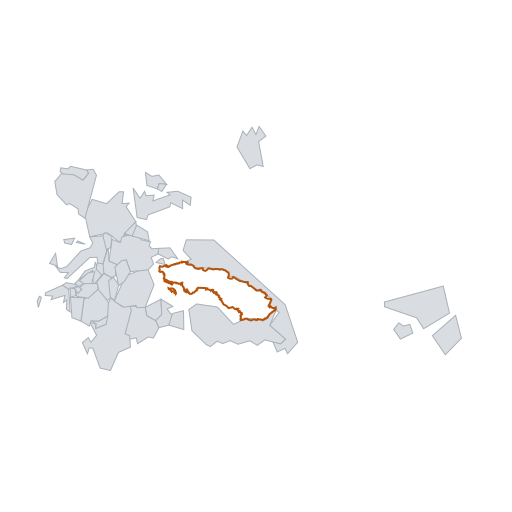 where Sweden sits in Europe, rotated 96°
{"feature_id": "SWE", "entity_name": "Sweden", "entity_type": "country or territory", "adm_level": 0, "iso_a3": "SWE", "parent_name": "Europe", "parent_adm1": "", "projection": "mercator", "projection_center": [17.555, 62.192], "detail": "fine", "context": "in_parent", "style": "outline", "palette": "amber", "viewbox_px": 512, "rotation_deg": 96, "n_neighbors": 37, "source": "natural_earth", "source_scale": "50m", "svg_char_len": 13249}
<svg xmlns="http://www.w3.org/2000/svg" viewBox="0 0 512 512"><g transform="rotate(96 256 256)"><path d="M266.3,66.6L292.6,57.6L310.8,81.7L300.7,89.8L293.1,122.8L288.3,123.5L266.3,66.6ZM349.2,224.9L339.1,230.5L340.8,222.5L335.7,217.9L323.6,235.1L309.6,227.1L304.2,237.8L296.6,236.0L278.8,274.4L278.9,281.3L274.9,281.1L272.3,289.6L273.8,315.0L268.7,325.0L266.0,320.2L258.0,329.1L247.2,327.0L244.5,299.6L301.4,221.9L337.4,205.5L349.9,214.4L344.8,217.6L349.2,224.9ZM334.4,57.4L316.8,72.2L294.1,51.3L316.4,43.1L334.4,57.4ZM323.6,103.7L314.6,111.4L307.6,107.0L310.3,102.1L307.9,95.9L316.2,92.0L323.6,103.7Z" fill="#d9dde1" stroke="#a8b0b8" stroke-width="1"/><path d="M234.5,379.1L256.9,392.4L248.6,406.1L254.3,423.4L231.8,430.8L216.8,424.9L219.6,410.2L206.4,398.8L206.0,394.4L217.9,394.7L216.7,387.7L220.5,390.4L234.5,379.1ZM259.6,434.9L262.1,427.1L261.4,436.0L259.6,434.9Z" fill="#d9dde1" stroke="#a8b0b8" stroke-width="1"/><path d="M337.4,345.0L348.3,349.5L347.8,354.7L355.6,364.6L350.0,366.5L351.9,372.9L347.0,378.0L318.8,376.3L318.6,360.8L326.8,358.3L330.7,349.0L337.4,345.0Z" fill="#d9dde1" stroke="#a8b0b8" stroke-width="1"/><path d="M364.9,412.3L370.9,413.4L360.3,419.6L354.6,414.2L359.1,411.2L351.5,406.2L339.5,414.3L340.2,407.8L344.8,407.9L339.4,397.8L324.2,400.1L313.0,396.0L320.4,383.7L318.8,376.3L322.9,374.3L347.0,378.0L348.5,373.3L359.8,371.4L366.2,382.7L385.1,388.8L383.8,399.2L364.7,408.7L364.9,412.3Z" fill="#d9dde1" stroke="#a8b0b8" stroke-width="1"/><path d="M318.6,360.8L319.9,369.0L317.5,370.4L320.8,381.9L315.8,392.3L289.3,383.7L280.9,367.1L281.1,361.9L295.1,354.4L318.6,360.8Z" fill="#d9dde1" stroke="#a8b0b8" stroke-width="1"/><path d="M292.5,397.8L288.6,406.3L283.1,407.8L262.5,403.9L276.3,401.7L279.0,393.3L290.6,393.8L292.5,397.8Z" fill="#d9dde1" stroke="#a8b0b8" stroke-width="1"/><path d="M313.0,396.0L315.5,399.3L308.7,408.5L298.5,411.7L289.4,405.4L292.5,397.8L313.0,396.0Z" fill="#d9dde1" stroke="#a8b0b8" stroke-width="1"/><path d="M331.2,397.2L339.4,397.8L344.8,407.9L340.2,407.8L337.7,413.3L337.2,405.6L331.2,397.2Z" fill="#d9dde1" stroke="#a8b0b8" stroke-width="1"/><path d="M337.7,413.3L343.2,414.4L339.0,423.3L316.5,422.6L305.5,409.6L317.2,398.0L331.2,397.2L337.2,405.6L337.7,413.3Z" fill="#d9dde1" stroke="#a8b0b8" stroke-width="1"/><path d="M330.7,349.0L326.8,358.3L318.6,360.8L308.9,346.0L324.1,343.6L330.7,349.0Z" fill="#d9dde1" stroke="#a8b0b8" stroke-width="1"/><path d="M333.9,335.5L337.4,345.0L330.7,349.0L324.1,343.6L308.9,346.0L314.8,333.4L318.0,338.9L325.4,331.8L333.9,335.5Z" fill="#d9dde1" stroke="#a8b0b8" stroke-width="1"/><path d="M336.7,320.1L333.9,335.5L321.9,333.1L318.0,322.4L336.7,320.1Z" fill="#d9dde1" stroke="#a8b0b8" stroke-width="1"/><path d="M281.1,361.9L284.7,379.3L273.5,384.7L279.0,393.3L276.3,401.7L254.4,400.8L256.9,392.4L251.1,391.3L248.7,385.5L248.4,374.5L251.9,372.1L252.9,362.3L257.0,363.5L259.7,360.1L258.6,353.6L264.2,353.5L268.3,360.2L274.6,357.0L281.1,361.9Z" fill="#d9dde1" stroke="#a8b0b8" stroke-width="1"/><path d="M315.3,420.4L316.5,422.6L339.0,423.3L336.7,432.6L316.5,436.2L315.3,420.4Z" fill="#d9dde1" stroke="#a8b0b8" stroke-width="1"/><path d="M329.9,467.1L323.6,468.9L318.7,467.2L319.5,465.1L329.9,467.1ZM308.7,438.8L331.1,435.0L328.9,438.9L319.5,439.6L322.3,442.6L315.2,441.9L320.8,455.3L317.1,454.0L317.3,461.5L314.6,461.6L305.2,445.2L308.7,438.8Z" fill="#d9dde1" stroke="#a8b0b8" stroke-width="1"/><path d="M308.7,438.8L305.2,445.2L302.3,441.9L303.6,428.9L308.7,438.8Z" fill="#d9dde1" stroke="#a8b0b8" stroke-width="1"/><path d="M290.9,407.4L302.2,414.7L287.6,417.1L298.4,430.0L288.7,424.4L284.2,415.6L279.2,415.3L290.9,407.4Z" fill="#d9dde1" stroke="#a8b0b8" stroke-width="1"/><path d="M262.9,401.4L266.0,407.5L253.6,411.6L248.6,408.7L251.4,401.3L262.9,401.4Z" fill="#d9dde1" stroke="#a8b0b8" stroke-width="1"/><path d="M247.6,385.8L249.2,389.7L247.2,389.2L247.6,385.8Z" fill="#d9dde1" stroke="#a8b0b8" stroke-width="1"/><path d="M249.1,381.3L247.2,389.2L234.5,379.1L244.4,377.0L249.1,381.3Z" fill="#d9dde1" stroke="#a8b0b8" stroke-width="1"/><path d="M252.1,363.8L249.1,381.3L237.7,377.8L243.3,366.4L252.1,363.8Z" fill="#d9dde1" stroke="#a8b0b8" stroke-width="1"/><path d="M188.2,433.3L191.3,431.1L198.8,436.0L194.4,445.2L196.2,453.2L192.9,459.5L188.7,459.3L189.0,452.2L186.2,449.8L188.2,433.3Z" fill="#d9dde1" stroke="#a8b0b8" stroke-width="1"/><path d="M194.5,458.1L194.4,445.2L198.8,436.0L191.3,431.1L188.2,433.3L186.8,427.0L192.4,423.1L236.4,430.1L232.8,436.8L227.7,437.9L223.3,446.9L224.9,449.8L215.8,460.3L202.9,463.9L194.5,458.1Z" fill="#d9dde1" stroke="#a8b0b8" stroke-width="1"/><path d="M199.6,361.1L197.2,371.9L184.4,374.7L187.7,367.9L185.6,361.1L194.1,352.4L194.1,359.8L199.6,361.1Z" fill="#d9dde1" stroke="#a8b0b8" stroke-width="1"/><path d="M266.3,405.1L279.8,407.4L280.3,412.7L273.9,413.9L274.9,421.2L298.1,441.4L297.8,444.3L292.1,440.9L292.8,449.0L287.3,454.0L289.0,448.6L286.2,443.0L269.3,430.7L265.3,422.1L260.1,419.6L254.3,423.4L251.9,410.4L266.3,405.1ZM274.3,455.6L286.7,452.4L285.0,460.5L274.3,455.6ZM257.2,438.3L263.8,440.6L263.2,447.5L259.8,448.9L257.2,438.3Z" fill="#d9dde1" stroke="#a8b0b8" stroke-width="1"/><path d="M264.2,353.5L258.6,353.6L256.9,342.4L266.9,333.6L265.5,339.8L268.2,342.9L264.2,353.5ZM274.0,345.5L272.9,354.7L268.7,350.8L268.2,347.8L274.0,345.5Z" fill="#d9dde1" stroke="#a8b0b8" stroke-width="1"/><path d="M199.6,361.1L194.1,359.8L194.1,352.4L201.7,356.4L199.6,361.1ZM212.0,364.3L204.2,347.8L202.0,351.2L199.8,340.6L204.3,326.7L212.4,326.7L208.1,334.9L216.6,333.9L211.9,346.4L216.1,346.9L226.3,367.5L231.2,368.7L230.2,378.2L201.3,385.3L210.7,377.3L203.3,373.6L207.5,371.6L206.1,363.7L212.0,364.3Z" fill="#d9dde1" stroke="#a8b0b8" stroke-width="1"/><path d="M166.2,258.2L165.3,264.6L169.8,271.2L149.6,286.3L133.1,282.1L137.1,278.0L128.4,273.4L135.3,268.8L126.9,266.5L135.7,258.7L141.9,265.4L166.2,258.2Z" fill="#d9dde1" stroke="#a8b0b8" stroke-width="1"/><path d="M279.8,407.4L289.4,405.4L290.9,407.4L285.9,413.5L279.4,413.2L279.8,407.4Z" fill="#d9dde1" stroke="#a8b0b8" stroke-width="1"/><path d="M340.8,222.5L338.5,238.3L344.7,245.4L341.0,253.2L345.6,264.6L342.9,272.9L346.5,279.8L344.9,285.8L350.8,291.9L349.3,296.3L337.0,311.9L316.2,317.2L309.9,310.1L310.8,289.0L326.3,271.3L318.9,258.8L318.8,242.9L307.2,230.1L323.6,235.1L335.7,217.9L340.8,222.5Z" fill="#d9dde1" stroke="#a8b0b8" stroke-width="1"/><path d="M314.9,392.0L312.2,396.6L296.0,400.0L292.1,395.7L298.8,389.5L314.9,392.0Z" fill="#d9dde1" stroke="#a8b0b8" stroke-width="1"/><path d="M284.7,379.3L294.8,384.1L300.0,389.5L281.9,395.2L274.6,389.1L273.5,384.7L284.7,379.3Z" fill="#d9dde1" stroke="#a8b0b8" stroke-width="1"/><path d="M298.9,429.1L290.4,421.4L288.4,414.7L302.1,416.8L302.5,424.1L298.9,429.1Z" fill="#d9dde1" stroke="#a8b0b8" stroke-width="1"/><path d="M314.2,430.9L316.5,436.2L307.1,437.5L307.7,432.4L314.2,430.9Z" fill="#d9dde1" stroke="#a8b0b8" stroke-width="1"/><path d="M299.9,410.8L305.5,409.6L315.5,418.4L314.9,430.1L311.0,431.3L307.9,425.7L305.7,428.2L301.5,424.3L299.9,410.8Z" fill="#d9dde1" stroke="#a8b0b8" stroke-width="1"/><path d="M304.9,429.4L302.1,433.3L298.4,430.0L301.5,424.3L304.9,429.4Z" fill="#d9dde1" stroke="#a8b0b8" stroke-width="1"/><path d="M307.0,433.4L304.9,429.4L307.2,426.0L311.8,428.9L307.0,433.4Z" fill="#d9dde1" stroke="#a8b0b8" stroke-width="1"/><path d="M270.1,323.6L270.4,324.6L270.7,324.7L271.1,324.4L271.4,323.7L271.7,321.6L271.3,319.5L271.3,319.2L271.9,318.4L272.3,317.0L272.5,316.8L273.2,316.6L273.7,316.2L274.5,315.1L274.6,314.0L274.6,313.5L274.8,313.1L274.9,312.3L274.8,311.5L274.3,310.4L273.8,308.7L273.7,307.8L274.4,307.5L275.3,307.4L275.7,306.4L275.9,306.0L276.0,305.4L276.1,304.9L275.6,304.1L274.9,303.3L274.5,303.0L273.2,301.8L273.7,298.0L273.8,296.9L273.0,294.3L273.1,293.2L273.0,291.4L273.4,290.7L273.1,289.9L272.6,288.1L273.4,286.3L273.3,285.4L273.8,284.7L275.2,282.3L275.7,281.7L276.5,281.3L277.4,281.0L277.8,281.0L280.4,281.6L280.6,281.3L281.1,280.1L281.2,279.3L281.1,278.1L280.9,277.4L279.2,276.3L281.0,272.9L282.0,270.8L282.3,269.9L282.5,269.5L282.8,266.2L283.0,265.3L283.1,264.8L283.1,264.3L282.8,261.5L284.8,261.1L286.1,260.2L286.5,259.7L286.3,257.9L286.8,257.2L288.1,255.0L289.6,252.9L290.2,252.1L290.3,251.1L290.0,250.1L289.1,248.3L289.4,247.4L290.4,246.9L290.9,246.1L291.7,243.3L293.3,241.9L293.9,241.1L296.3,242.6L297.1,240.8L297.3,240.0L297.2,238.8L297.2,237.1L297.3,236.5L298.1,236.1L299.7,236.8L300.8,236.9L304.1,238.3L304.5,238.3L305.6,237.0L304.5,236.3L305.2,235.6L305.6,234.9L305.9,234.0L306.0,232.9L306.0,232.4L305.1,231.0L307.1,230.8L308.2,231.5L308.3,231.6L308.3,232.3L309.4,233.2L309.7,233.6L310.3,234.3L310.5,234.7L311.1,235.1L312.7,236.6L313.4,237.0L314.1,237.2L315.8,238.0L316.1,238.2L317.1,239.4L317.4,240.7L318.0,240.8L318.1,241.2L318.6,242.0L319.2,242.7L319.2,242.9L318.7,243.5L318.6,244.4L318.7,245.4L318.8,246.3L318.8,246.5L318.5,247.3L318.5,247.9L318.6,248.0L319.3,248.1L319.6,248.3L319.8,249.3L319.7,249.5L319.3,249.9L319.2,250.3L319.2,250.8L319.2,251.3L319.4,252.0L320.5,253.9L320.6,254.6L320.4,255.0L320.3,255.7L320.2,256.5L320.1,257.0L319.8,257.7L319.5,257.9L319.4,258.3L319.4,258.9L319.5,260.2L319.6,260.6L319.7,260.8L320.3,261.3L320.9,262.8L321.3,264.6L320.2,264.9L319.4,264.4L319.0,264.6L318.4,264.7L317.6,264.8L317.3,265.2L317.1,265.3L316.4,264.8L315.7,264.0L315.2,264.6L314.8,264.8L314.5,264.2L314.3,264.1L314.1,264.3L314.0,264.8L313.8,265.2L313.8,265.4L313.7,266.4L313.7,266.7L313.0,266.5L313.1,266.8L313.3,267.1L313.0,267.3L312.3,267.3L312.3,267.5L312.5,267.9L312.3,268.2L312.2,268.3L311.4,268.5L310.9,268.5L310.8,269.0L311.0,269.4L311.1,269.5L311.1,269.9L310.9,270.0L310.4,269.3L310.4,269.7L310.7,270.1L310.8,270.4L311.0,270.9L311.0,271.2L310.4,272.3L309.4,273.6L309.2,274.2L309.8,275.0L310.2,276.7L310.7,277.4L310.5,278.2L309.7,279.0L308.7,280.1L307.7,282.9L307.4,283.3L306.5,283.8L306.1,284.2L305.5,284.8L304.3,285.3L303.8,285.9L303.5,286.6L303.3,286.6L302.6,286.2L302.6,286.9L302.1,286.5L301.8,286.9L301.6,287.6L300.8,288.6L299.9,288.4L299.8,288.6L300.0,288.7L300.1,288.9L299.7,289.0L299.3,289.1L299.1,289.1L298.8,290.1L298.0,290.4L297.9,290.7L298.6,290.8L298.5,291.6L297.6,292.0L297.5,292.4L297.3,292.6L296.9,292.6L297.0,292.2L296.4,292.2L296.2,291.7L296.1,291.8L296.2,292.2L296.5,293.2L296.4,293.5L296.2,293.7L296.3,293.9L296.6,294.0L296.8,294.2L296.4,294.4L296.0,295.1L295.5,295.1L295.2,295.5L294.9,295.5L294.7,295.2L294.3,295.0L294.1,295.4L294.1,295.7L294.3,296.5L294.8,297.1L295.2,297.4L294.9,297.6L294.7,298.0L294.1,300.5L294.3,301.6L294.5,302.1L294.0,302.0L293.4,301.7L293.5,302.3L293.1,303.0L293.3,304.0L293.2,304.6L293.3,304.8L293.4,305.2L293.3,305.5L293.5,307.9L293.4,308.2L293.7,309.4L293.6,310.3L294.1,310.8L294.8,310.7L295.0,310.9L295.3,311.6L295.6,311.6L296.1,311.3L296.4,311.2L296.7,311.8L297.3,312.7L297.6,313.0L298.2,313.2L298.9,313.9L298.8,314.7L299.0,315.0L299.8,315.3L300.4,316.4L300.6,317.3L300.5,317.9L299.5,318.7L298.9,319.4L298.2,320.0L297.7,320.4L297.5,320.6L297.3,320.5L296.5,321.0L296.5,321.3L297.2,321.4L297.5,321.3L297.7,321.0L298.0,320.9L298.2,321.0L298.7,320.7L298.9,320.8L299.1,321.3L298.6,321.6L298.3,321.6L298.1,322.4L297.8,323.0L297.0,323.4L296.5,323.8L295.9,324.2L295.7,324.1L295.3,324.5L294.4,325.0L294.0,325.6L293.0,326.1L292.5,326.5L291.2,326.6L289.9,326.5L289.5,326.7L289.9,326.7L290.2,326.9L290.5,326.8L291.8,327.1L292.3,327.8L291.9,328.0L291.2,328.2L291.7,329.9L291.4,330.3L291.4,332.2L291.0,332.2L290.8,332.9L291.0,333.3L290.9,334.2L291.0,334.8L291.2,335.3L291.1,335.8L290.5,337.0L290.5,337.6L290.6,337.9L290.7,338.5L290.2,340.4L290.0,341.1L289.5,342.0L289.2,342.6L288.6,344.7L288.3,345.1L287.9,345.4L287.5,345.1L287.1,344.9L286.6,344.9L285.9,345.2L284.8,345.0L283.7,345.1L283.4,345.3L283.6,346.0L283.2,346.1L282.8,345.9L282.2,346.4L281.6,347.1L281.4,347.5L281.4,348.2L281.7,348.9L281.9,349.6L281.3,350.6L280.9,350.6L279.8,350.3L277.9,350.9L276.1,350.4L276.3,350.0L276.3,349.6L276.5,348.4L276.5,348.1L276.3,347.6L275.9,347.1L274.9,345.3L274.6,344.5L274.4,344.2L274.6,344.1L275.4,344.6L275.8,344.4L275.5,343.8L275.3,343.5L275.2,343.1L275.7,343.0L276.0,343.0L276.2,342.5L276.1,341.8L275.4,341.5L274.9,340.3L274.2,339.7L273.2,337.3L272.8,335.7L272.4,335.8L272.1,334.4L272.1,333.9L271.5,333.7L271.4,331.7L270.7,331.5L270.3,330.6L270.3,328.9L269.9,328.6L269.5,328.7L269.6,328.3L269.6,327.9L269.4,326.3L269.4,324.9L269.2,324.5L269.1,323.9L269.2,323.5L269.3,323.2L269.7,323.2L270.1,323.6ZM300.9,332.8L300.6,332.9L300.4,333.5L299.9,333.7L299.8,335.4L300.3,336.0L300.0,336.1L299.8,336.3L299.6,336.6L299.4,337.2L298.8,337.5L298.5,337.8L298.2,338.3L298.0,339.2L297.6,339.5L297.2,339.6L297.5,338.9L297.8,338.4L297.5,338.0L297.3,337.4L297.0,337.0L297.2,336.5L297.1,335.7L297.2,334.9L297.8,334.1L298.2,333.4L298.8,332.8L299.5,332.6L299.9,332.8L300.0,332.3L300.2,332.2L300.5,332.3L300.9,332.8ZM290.7,344.2L290.5,344.5L290.3,344.5L290.2,344.0L290.2,342.8L290.3,342.1L291.1,339.9L291.5,339.7L292.1,338.3L292.2,337.7L292.5,337.1L292.6,336.6L292.7,336.4L293.1,336.6L292.8,336.9L292.8,337.5L292.1,339.1L292.0,340.2L291.7,340.4L290.7,344.2ZM301.3,332.1L301.2,332.6L300.8,332.2L301.2,331.7L301.8,331.7L302.0,331.8L301.3,332.1ZM299.0,320.2L298.9,320.4L298.8,320.1L298.9,319.7L299.1,319.6L299.4,319.7L299.0,320.2ZM298.3,323.6L298.0,323.7L298.2,323.2L298.6,323.0L298.3,323.6Z" fill="none" stroke="#b45309" stroke-width="2"/></g></svg>